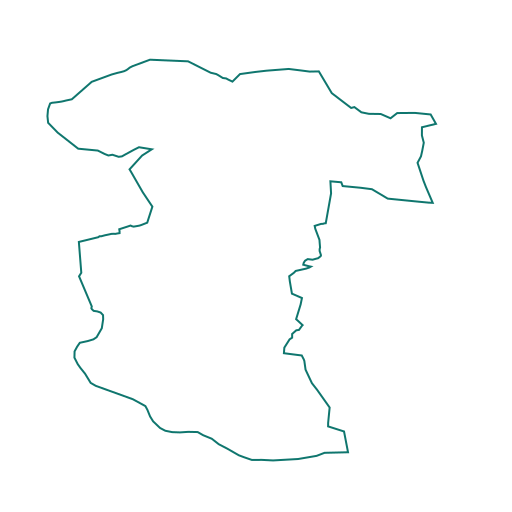 outline of Ajingi, Kano, Nigeria, rotated 264°
{"feature_id": "59680162B27639129809368", "entity_name": "Ajingi", "entity_type": "district", "adm_level": 2, "iso_a3": "NGA", "parent_name": "Nigeria", "parent_adm1": "Kano", "projection": "equal_earth", "projection_center": [9.085, 11.959], "detail": "fine", "context": "isolated", "style": "outline", "palette": "teal", "viewbox_px": 512, "rotation_deg": 264, "n_neighbors": 0, "source": "geoboundaries", "source_scale": "gbopen_adm2", "svg_char_len": 2712}
<svg xmlns="http://www.w3.org/2000/svg" viewBox="0 0 512 512"><g transform="rotate(264 256 256)"><path d="M97.6,313.4L116.5,302.8L123.7,298.3L137.8,293.4L146.6,293.1L148.2,292.7L149.7,292.1L152.3,291.1L153.1,287.6L156.4,273.6L161.9,274.6L169.6,280.7L171.0,283.4L174.7,283.8L177.9,288.3L178.0,291.0L182.0,294.6L182.4,295.1L189.0,289.3L203.1,295.3L209.4,297.3L214.8,287.8L227.1,287.0L232.4,286.9L235.4,292.0L237.0,293.9L238.2,304.4L239.0,307.9L239.7,309.4L240.3,307.5L242.4,302.1L244.3,302.8L246.2,304.3L247.5,307.1L246.4,311.9L247.0,315.4L247.3,317.5L248.3,319.1L249.1,320.3L250.0,320.7L254.3,319.8L256.2,320.0L257.7,320.6L262.3,320.7L265.4,320.8L276.9,317.8L279.8,317.5L281.1,324.0L281.0,326.1L281.3,327.3L281.3,328.8L310.4,337.2L322.5,337.8L320.4,348.5L316.5,349.5L314.5,359.4L312.9,367.3L310.3,378.3L299.3,393.0L293.1,423.0L291.0,433.4L290.4,437.3L306.9,432.2L313.5,430.4L331.8,426.4L337.9,430.5L342.9,432.2L346.5,433.3L351.1,434.7L358.6,433.6L366.7,434.5L368.6,448.8L378.5,444.5L381.7,429.0L383.4,411.4L378.9,404.2L383.8,395.6L384.2,394.8L385.6,383.1L387.9,375.8L393.8,369.4L393.3,366.1L410.0,348.4L433.0,337.8L433.8,328.6L435.8,320.2L438.6,308.1L439.2,285.9L439.1,274.6L438.6,259.1L431.9,250.8L434.3,246.9L435.7,244.9L436.5,241.6L439.7,237.5L441.1,235.5L443.0,230.1L456.7,208.8L462.3,171.1L457.7,153.1L456.6,150.2L455.2,148.0L454.4,146.5L453.6,144.2L453.1,141.3L452.6,137.3L451.6,131.4L446.4,110.8L431.1,89.2L430.5,83.4L430.1,80.6L429.9,78.6L429.8,76.7L429.7,73.2L429.7,72.9L429.7,72.7L429.7,72.4L429.7,72.2L429.7,71.9L429.7,71.7L429.7,71.4L429.7,71.2L429.7,69.1L429.2,67.2L423.6,64.5L416.9,63.2L410.2,63.2L399.4,71.7L381.3,90.4L377.4,109.7L373.3,116.1L371.4,119.7L371.7,123.8L369.0,129.8L369.1,133.1L370.5,136.3L374.4,145.7L376.4,151.0L373.0,163.5L367.8,153.2L355.4,139.3L352.8,140.5L331.1,150.1L315.9,158.1L312.5,156.6L300.5,151.3L298.8,145.1L298.4,143.2L298.2,140.5L298.0,137.4L298.6,135.7L299.4,134.4L298.7,131.3L296.9,122.8L294.7,122.9L293.0,122.7L292.9,120.4L292.7,118.5L293.0,116.5L293.1,114.5L292.7,111.0L292.4,107.9L291.8,104.2L292.0,102.4L291.2,101.2L288.5,81.3L265.4,80.7L257.6,80.5L254.3,77.9L223.0,87.4L221.3,86.8L220.3,87.2L218.4,88.8L217.5,92.3L216.0,95.6L213.2,97.7L209.1,97.4L200.3,95.1L191.9,89.0L190.1,85.6L189.0,79.8L188.1,71.7L184.6,68.7L180.1,65.6L173.9,64.8L167.1,67.4L163.0,69.7L156.8,73.7L147.1,78.3L143.6,83.1L126.4,118.6L118.3,130.3L114.4,131.9L107.5,133.9L102.3,136.4L95.0,142.6L91.7,147.5L89.6,154.2L88.5,162.0L88.2,170.1L87.0,179.6L83.3,184.7L78.9,192.9L72.7,199.3L67.4,207.3L59.6,218.1L57.2,222.9L53.6,230.6L52.6,240.7L50.9,251.6L49.7,276.7L50.9,295.4L53.1,303.6L51.2,327.0L72.3,325.2L79.0,309.9L82.5,310.3L97.6,313.4Z" fill="none" stroke="#0f766e" stroke-width="2"/></g></svg>